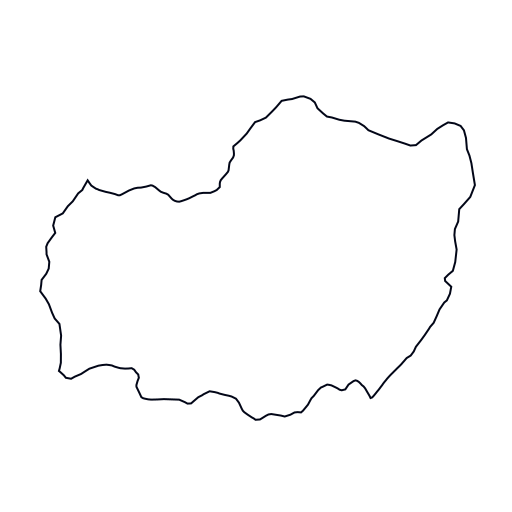 outline of Dunglegang, Chirang, Bhutan, rotated 5°
{"feature_id": "84629894B69062019287868", "entity_name": "Dunglegang", "entity_type": "district", "adm_level": 2, "iso_a3": "BTN", "parent_name": "Bhutan", "parent_adm1": "Chirang", "projection": "albers", "projection_center": [90.201, 27.012], "detail": "fine", "context": "isolated", "style": "outline", "palette": "ink", "viewbox_px": 512, "rotation_deg": 5, "n_neighbors": 0, "source": "geoboundaries", "source_scale": "gbopen_adm2", "svg_char_len": 3793}
<svg xmlns="http://www.w3.org/2000/svg" viewBox="0 0 512 512"><g transform="rotate(5 256 256)"><path d="M353.1,382.3L356.6,381.1L359.4,376.0L362.4,373.5L364.1,372.1L366.0,371.2L367.8,371.6L369.6,372.6L371.3,374.0L372.6,375.3L374.6,376.6L376.3,378.4L378.4,381.4L381.2,385.3L382.5,387.5L384.0,386.8L385.0,385.6L386.0,384.2L387.3,382.3L388.4,380.6L389.6,378.9L390.7,377.2L391.8,375.4L392.9,373.7L393.9,371.9L395.0,370.2L396.2,368.5L397.3,366.8L398.5,365.2L399.8,363.5L401.1,361.9L402.4,360.4L403.7,358.8L405.0,357.3L406.3,355.7L407.7,354.1L409.0,352.6L410.3,351.0L411.5,349.3L412.7,347.7L413.9,346.0L415.0,344.5L418.8,341.7L421.5,337.3L423.2,332.5L424.3,330.8L425.4,329.1L426.5,327.4L427.6,325.7L428.7,323.9L429.7,322.2L430.8,320.4L431.8,318.6L432.8,316.8L433.8,315.0L434.8,313.2L435.6,311.5L438.8,307.1L441.3,300.0L443.5,293.2L447.6,285.9L450.0,283.6L452.5,276.7L453.2,269.6L446.6,264.4L446.0,261.6L449.2,257.8L453.4,253.6L455.0,244.7L455.3,232.1L453.1,224.0L451.8,217.9L451.8,211.8L454.4,204.1L454.4,191.6L458.6,186.2L464.3,178.5L467.9,166.3L464.7,153.8L462.5,144.8L459.9,137.4L456.8,131.2L454.9,120.1L452.2,112.7L448.5,108.6L442.3,106.6L435.7,106.2L431.0,109.4L425.5,113.6L420.0,119.6L410.8,126.5L405.7,131.6L400.2,132.5L394.7,131.1L386.9,129.3L378.2,127.4L367.1,124.1L357.0,120.9L354.7,119.0L352.4,117.2L346.9,114.4L343.2,113.5L332.2,113.5L327.1,113.0L319.5,111.4L314.5,110.9L310.4,108.1L304.4,103.5L301.2,97.9L296.6,94.7L289.7,92.8L286.0,93.3L278.2,96.5L274.1,97.4L268.0,99.2L263.0,106.2L259.3,110.8L253.8,117.3L248.3,120.5L243.4,122.7L239.2,129.5L236.1,134.8L230.3,142.2L227.7,145.0L223.9,148.8L224.0,151.2L224.6,153.0L225.1,155.9L225.2,157.6L224.6,159.9L222.9,162.7L221.6,165.2L221.4,167.1L221.2,173.0L220.7,174.6L218.9,177.2L215.6,181.6L214.3,183.5L213.7,185.4L213.6,187.1L213.9,190.5L211.1,193.7L208.9,195.1L205.0,197.1L197.9,197.7L194.1,198.6L191.8,199.6L190.0,200.9L188.1,202.0L184.4,204.3L181.9,205.6L179.7,206.6L176.7,207.9L174.8,208.6L172.5,208.6L170.3,208.1L168.5,207.3L167.0,206.2L163.2,202.6L161.2,201.7L158.3,201.1L155.6,200.3L153.7,199.1L149.6,196.2L146.8,194.9L145.1,194.7L140.6,196.4L135.4,197.9L132.2,198.3L128.8,199.3L123.8,201.8L117.1,206.2L115.0,207.4L113.3,207.5L110.1,206.6L104.8,205.7L100.7,205.2L93.9,203.9L92.4,203.3L90.7,202.9L88.3,201.6L85.8,200.2L83.9,198.0L81.7,195.3L77.9,203.5L77.2,205.4L73.4,209.1L68.7,217.5L64.2,222.8L59.8,230.4L52.7,234.9L51.3,243.4L54.0,250.5L51.5,254.4L50.4,256.2L47.3,261.4L46.2,265.1L47.0,270.5L47.2,272.6L50.6,279.8L50.6,286.6L48.6,292.0L44.5,298.5L44.5,303.6L44.1,309.9L50.2,316.8L53.9,322.1L57.8,330.3L60.9,335.8L66.1,340.8L68.8,352.3L68.9,361.4L70.2,370.7L70.9,379.4L70.2,385.1L69.7,387.7L71.3,388.8L75.0,391.6L77.2,393.9L82.5,394.4L86.0,392.0L90.5,389.6L92.0,388.8L96.1,385.6L99.8,382.8L108.6,379.0L112.5,378.0L116.4,377.3L119.3,377.4L122.0,377.6L124.7,378.5L128.7,379.3L130.6,379.6L135.0,379.6L138.1,379.3L141.9,378.6L144.6,379.9L146.6,382.3L149.0,384.3L149.4,385.8L149.9,387.5L148.9,390.9L148.1,395.0L148.3,396.7L151.8,402.6L154.1,406.6L155.9,407.5L157.6,407.8L161.2,408.2L164.1,408.2L167.8,407.8L171.1,407.4L176.7,406.6L192.0,405.8L197.9,407.8L200.6,409.0L202.3,408.8L204.2,408.5L206.3,406.3L210.8,401.7L214.5,399.4L215.8,398.3L221.6,394.8L226.8,395.2L230.0,395.7L231.5,396.2L237.0,397.1L239.6,397.4L241.2,397.6L243.9,398.1L248.5,399.9L251.8,403.6L253.7,406.9L255.0,409.2L256.3,411.2L257.9,412.6L261.4,414.7L266.0,417.2L267.9,418.0L269.8,419.2L274.2,418.5L276.1,417.1L279.8,414.3L282.2,412.8L285.0,412.1L294.8,412.8L298.6,413.4L304.1,411.1L308.0,408.5L311.1,407.9L314.5,407.9L316.3,406.0L320.7,399.6L322.8,394.7L323.7,392.8L325.7,390.4L329.6,384.2L332.2,381.3L333.6,380.6L338.1,377.9L340.1,378.0L342.4,378.3L345.6,379.5L347.2,380.1L348.9,380.8L350.9,381.9L353.1,382.3Z" fill="none" stroke="#020617" stroke-width="2"/></g></svg>